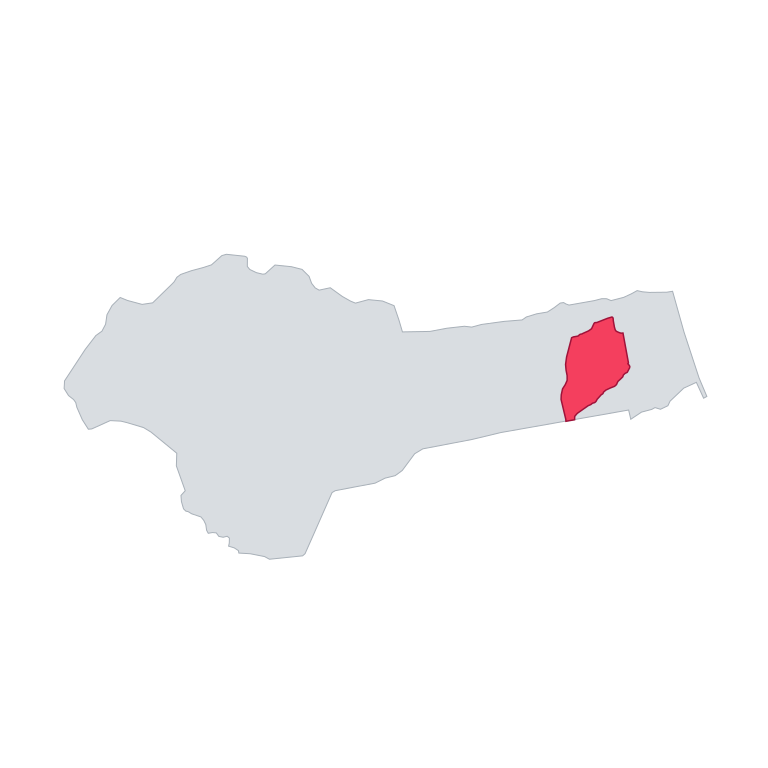 where Zou sits in Benin, rotated 260°
{"feature_id": "BEN-2178", "entity_name": "Zou", "entity_type": "Department", "adm_level": 1, "iso_a3": "BEN", "parent_name": "Benin", "parent_adm1": "", "projection": "mercator", "projection_center": [2.113, 7.272], "detail": "fine", "context": "in_parent", "style": "filled", "palette": "rose", "viewbox_px": 768, "rotation_deg": 260, "n_neighbors": 0, "source": "natural_earth", "source_scale": "10m", "svg_char_len": 2910}
<svg xmlns="http://www.w3.org/2000/svg" viewBox="0 0 768 768"><g transform="rotate(260 384 384)"><path d="M315.7,699.8L314.5,696.3L331.4,691.9L327.9,678.5L317.4,662.7L313.3,659.8L311.1,651.9L313.7,646.8L312.5,643.3L311.6,632.7L306.4,620.9L315.9,620.4L315.9,582.6L315.9,546.2L315.9,515.2L315.9,490.6L314.1,461.2L313.8,439.5L313.4,411.0L310.0,402.1L295.7,387.0L291.8,379.1L291.1,368.7L287.9,358.0L287.7,339.3L287.4,317.5L286.1,314.0L270.6,303.6L248.6,288.9L231.8,277.6L230.6,276.8L228.9,274.0L231.3,240.8L234.8,236.4L240.1,222.7L242.7,211.7L245.2,211.7L248.6,208.1L251.3,202.8L254.2,204.0L259.1,205.0L261.3,203.1L261.0,199.0L262.6,194.9L266.5,193.0L267.5,189.3L267.5,185.0L270.8,183.9L276.5,184.1L281.1,182.8L284.9,180.6L289.6,172.0L292.3,169.0L293.2,166.8L295.9,164.9L303.4,164.1L309.5,164.7L313.4,169.7L339.4,165.3L351.8,167.9L377.1,146.2L382.8,139.7L390.5,124.4L393.1,118.5L395.5,108.0L390.5,88.4L390.8,85.0L401.2,80.7L414.3,77.5L419.3,77.2L422.6,75.6L427.4,71.3L435.1,68.2L439.7,69.3L442.5,69.9L469.9,95.7L481.8,108.7L485.0,115.4L491.2,120.2L500.3,123.2L508.5,129.8L515.0,139.2L510.8,145.9L504.4,159.6L504.1,170.3L519.4,192.8L521.1,195.1L525.1,198.6L527.2,202.8L529.0,213.9L530.1,226.4L531.3,234.8L538.6,246.6L539.1,251.3L534.0,269.0L532.8,270.8L531.4,271.3L523.5,269.8L520.1,271.7L515.8,277.7L513.2,283.7L513.1,286.2L520.1,297.3L515.6,313.2L511.1,323.2L503.0,328.9L495.7,330.2L490.6,332.9L487.7,336.4L488.1,347.8L477.4,358.2L471.4,365.5L468.6,369.9L469.8,383.3L466.0,396.9L459.4,407.5L444.5,409.8L432.1,411.2L427.8,438.4L428.0,455.6L426.9,473.2L424.8,480.3L425.7,490.4L424.8,513.2L423.1,531.1L425.3,535.9L426.6,546.5L426.5,557.4L429.7,565.0L433.1,571.6L433.0,575.0L431.2,577.1L429.6,579.9L429.6,605.6L430.2,613.2L429.3,618.1L426.7,622.1L427.7,635.1L429.9,643.4L432.0,649.5L429.9,654.6L428.1,661.3L425.3,678.4L425.2,684.3L382.8,688.5L335.4,695.3L315.7,699.8Z" fill="#d9dde1" stroke="#a8b0b8" stroke-width="1"/><path d="M315.7,565.5L315.7,556.7L317.7,556.9L338.1,555.7L342.6,556.7L348.2,559.0L351.9,562.4L355.8,565.0L360.5,565.8L365.9,565.7L371.7,566.2L378.9,568.5L397.0,576.8L397.5,578.7L397.5,583.2L397.9,584.1L398.5,584.9L398.9,585.9L398.9,587.5L399.3,588.7L400.8,594.7L402.4,598.0L407.1,601.3L407.7,602.0L407.8,602.5L407.6,604.3L409.9,615.6L410.4,620.1L410.3,620.3L410.0,620.6L409.6,620.9L409.0,621.0L408.3,621.0L406.3,620.8L400.1,620.8L397.2,621.1L395.6,621.9L394.0,624.2L392.9,626.2L392.7,628.2L362.3,628.4L361.6,627.7L359.9,628.7L358.8,629.1L358.2,629.0L357.3,628.7L353.9,626.1L353.3,625.6L353.1,625.1L352.6,623.3L351.3,621.3L349.6,620.4L348.0,618.1L345.9,614.8L344.2,613.6L343.7,613.3L343.0,612.8L341.7,610.7L340.8,606.3L339.5,601.5L337.9,598.8L336.6,598.0L336.2,597.4L335.8,596.2L331.9,591.2L330.3,590.0L329.5,589.0L329.1,588.2L328.9,586.3L328.7,585.6L328.2,584.8L327.8,584.0L327.2,581.3L321.9,570.0L321.2,568.8L319.0,566.2L315.7,565.5Z" fill="#f43f5e" stroke="#9f1239" stroke-width="1.5"/></g></svg>